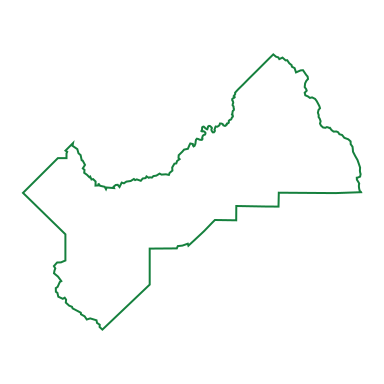 the district of Fresno, California, United States of America
{"feature_id": "52423323B20293708991619", "entity_name": "Fresno", "entity_type": "district", "adm_level": 2, "iso_a3": "USA", "parent_name": "United States of America", "parent_adm1": "California", "projection": "natural_earth1", "projection_center": [-119.494, 36.746], "detail": "fine", "context": "isolated", "style": "outline", "palette": "green", "viewbox_px": 384, "rotation_deg": 0, "n_neighbors": 0, "source": "geoboundaries", "source_scale": "gbopen_adm2", "svg_char_len": 4125}
<svg xmlns="http://www.w3.org/2000/svg" viewBox="0 0 384 384"><path d="M54.5,270.5L54.0,273.3L58.0,276.6L61.3,281.1L59.8,282.0L57.6,286.9L55.8,288.1L55.9,291.8L57.4,292.8L58.3,296.7L62.8,298.8L64.7,297.7L66.1,299.7L65.8,302.6L69.2,305.7L72.0,306.8L72.6,308.4L80.8,312.7L81.0,314.3L84.6,316.3L86.8,319.5L90.2,318.4L96.5,320.3L97.0,322.9L99.7,324.7L99.6,327.0L102.4,329.6L149.7,284.6L149.7,248.6L176.8,248.4L177.8,246.1L182.4,245.6L187.8,243.7L188.4,245.7L200.8,234.2L204.3,230.9L211.8,223.1L214.9,220.0L236.2,220.3L236.3,206.0L253.4,206.3L264.9,206.5L278.5,206.6L278.8,192.7L335.3,193.1L361.0,192.2L360.8,191.8L360.2,191.7L359.7,190.7L359.2,188.9L358.9,186.7L358.9,185.1L359.2,183.6L358.7,182.6L357.8,181.1L356.9,179.7L356.8,177.7L358.0,177.5L360.1,176.6L360.6,174.1L360.1,172.3L359.9,170.6L360.1,167.6L358.9,164.0L357.5,160.0L355.2,156.0L353.0,151.7L352.8,149.1L352.5,146.7L350.7,144.2L350.6,141.4L348.3,139.3L344.3,137.8L342.1,135.0L339.4,134.2L338.2,132.3L336.5,131.5L333.6,131.6L331.8,130.3L330.7,129.1L330.5,128.5L329.9,127.8L329.3,128.0L328.1,127.4L326.8,127.1L325.4,127.8L323.1,127.5L321.0,125.6L320.0,123.6L320.6,121.2L319.7,118.7L318.6,117.0L318.7,115.1L317.9,112.7L318.5,110.0L320.0,108.2L319.3,106.0L318.0,103.5L316.7,101.1L315.1,98.9L312.1,97.4L309.9,97.9L307.9,96.4L305.3,95.3L304.7,92.7L306.7,90.7L306.2,89.2L304.7,87.1L305.1,83.4L306.3,80.9L308.0,79.0L307.6,76.5L306.5,75.3L305.9,74.5L303.0,70.2L300.6,70.4L296.0,72.4L294.6,68.1L291.9,66.7L291.6,65.1L289.3,63.3L287.2,60.2L285.6,60.4L282.5,57.6L279.3,59.1L278.3,57.4L276.0,56.7L273.3,54.4L269.8,57.8L261.2,66.4L257.0,70.6L249.0,78.5L243.3,84.3L238.5,89.0L236.9,90.7L235.1,92.7L235.2,94.0L234.6,95.0L233.8,96.0L234.4,96.4L234.7,97.2L234.3,97.7L233.9,97.8L233.5,97.9L233.1,98.3L232.2,99.1L232.3,100.5L232.7,100.8L232.9,101.4L233.2,102.3L233.2,102.8L233.1,103.3L232.8,103.9L232.7,104.5L232.6,105.3L232.8,105.6L233.4,106.2L233.6,106.8L233.6,107.3L233.6,108.0L233.9,108.7L233.9,109.6L233.6,110.3L232.9,110.8L232.6,111.7L232.5,112.1L232.5,112.9L232.4,113.7L232.0,114.2L231.9,114.4L232.1,114.8L232.6,115.0L232.9,116.1L232.8,116.7L232.3,117.1L231.9,117.6L231.7,118.1L231.6,118.5L231.4,118.9L231.1,119.4L230.6,119.7L230.0,119.8L229.6,120.1L229.2,120.4L228.8,120.9L228.8,121.8L228.8,122.6L228.4,123.1L227.8,123.3L227.1,123.4L226.8,123.7L226.9,124.3L226.5,124.9L225.9,125.1L225.5,125.8L224.8,125.9L223.3,125.3L222.7,124.1L221.6,123.6L220.0,123.5L219.3,125.4L217.4,126.7L216.5,126.7L216.2,126.6L215.7,126.5L215.3,127.2L214.9,128.6L214.5,129.8L214.8,130.4L214.9,130.8L214.6,131.5L213.9,132.3L212.7,132.3L211.7,130.8L211.4,129.9L211.5,129.0L211.9,128.1L211.7,127.6L210.9,126.8L209.9,126.0L209.0,125.9L208.1,126.5L207.8,127.7L207.4,128.9L207.3,129.3L206.7,129.2L206.4,128.8L205.5,128.4L204.7,127.5L203.7,126.6L202.8,126.8L202.2,127.3L202.1,128.3L202.1,129.4L201.7,130.5L201.4,131.0L202.0,131.4L202.8,131.4L203.6,131.2L204.5,131.8L205.1,132.3L205.5,133.0L205.4,133.7L205.1,134.5L204.4,134.8L203.9,134.9L203.4,135.2L202.8,135.8L202.6,136.4L202.4,137.1L202.1,138.1L202.5,138.8L202.3,139.4L201.8,139.9L201.2,139.9L199.4,139.6L198.2,139.0L196.9,138.7L196.0,139.8L195.7,141.2L195.4,143.8L194.5,145.9L193.6,146.4L193.0,145.5L192.8,144.0L190.3,143.5L189.5,145.0L187.9,148.8L184.1,149.6L183.4,150.4L182.3,151.7L178.7,155.2L178.5,158.0L179.6,159.1L177.1,161.0L176.3,163.4L174.4,163.7L172.2,167.5L172.4,170.6L169.6,172.9L168.9,174.9L165.9,174.3L161.5,174.6L159.6,173.6L156.4,175.6L153.4,176.1L151.9,177.6L149.9,177.3L148.8,177.8L146.5,176.4L145.6,178.1L142.7,178.5L140.8,180.8L136.8,179.4L135.1,180.1L133.9,179.0L130.7,181.0L126.4,181.6L123.9,183.3L121.7,182.6L119.5,187.0L117.7,184.8L115.7,185.0L113.6,186.7L114.1,188.1L106.7,187.5L106.0,189.2L104.7,186.8L100.1,185.8L98.3,183.4L98.9,185.4L95.5,185.6L95.6,181.5L93.1,179.1L91.5,179.5L90.2,176.6L89.4,177.3L87.1,174.9L84.2,172.8L84.5,169.9L82.8,168.4L85.0,164.9L82.7,160.6L81.7,160.3L80.6,155.1L78.5,153.3L77.3,149.1L72.5,145.8L73.0,143.1L65.5,150.6L67.2,151.8L66.5,153.4L66.5,158.1L57.9,158.1L23.0,192.9L65.4,234.3L65.4,260.5L60.9,262.4L57.1,262.5L53.9,266.1L55.3,268.4L54.5,270.5Z" fill="none" stroke="#15803d" stroke-width="2"/></svg>